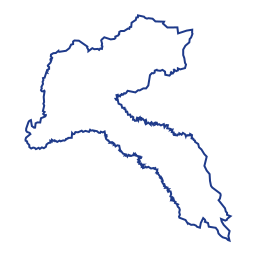 Babahoyo, Los Rios, Ecuador
{"feature_id": "8360857B44096543508351", "entity_name": "Babahoyo", "entity_type": "district", "adm_level": 2, "iso_a3": "ECU", "parent_name": "Ecuador", "parent_adm1": "Los Rios", "projection": "orthographic", "projection_center": [-79.421, -1.876], "detail": "fine", "context": "isolated", "style": "outline", "palette": "blue", "viewbox_px": 256, "rotation_deg": 0, "n_neighbors": 0, "source": "geoboundaries", "source_scale": "gbopen_adm2", "svg_char_len": 5809}
<svg xmlns="http://www.w3.org/2000/svg" viewBox="0 0 256 256"><path d="M123.1,153.7L125.0,154.2L124.7,155.2L125.9,154.7L126.0,155.6L126.7,155.3L127.3,156.3L127.6,155.5L129.4,155.8L129.2,155.1L131.3,155.9L133.2,155.1L133.7,154.0L134.1,154.8L135.0,153.8L135.5,155.3L136.2,154.9L136.6,155.8L140.6,156.7L140.6,157.5L141.2,157.5L140.9,158.1L138.8,158.2L139.2,159.0L138.2,159.6L139.4,160.7L138.6,161.2L139.5,161.7L138.5,162.5L139.5,163.0L139.4,163.8L140.4,163.6L141.0,164.8L141.4,164.0L141.9,164.7L143.2,164.7L142.2,165.3L142.7,165.9L142.2,166.8L143.1,166.6L143.1,168.0L145.5,167.2L145.5,166.7L146.8,167.5L148.3,166.8L151.0,168.5L153.8,168.0L154.3,168.8L155.3,168.2L155.5,169.1L156.7,169.8L157.3,169.6L157.1,171.6L156.4,172.6L157.7,172.8L157.3,173.6L158.1,173.8L160.2,176.8L161.5,176.4L160.9,177.0L161.5,177.8L160.5,178.1L162.3,179.5L162.8,180.9L161.8,181.3L163.0,183.7L164.1,184.0L163.9,184.9L164.7,185.3L164.2,186.2L166.0,187.0L165.4,187.8L167.5,187.7L167.5,188.9L166.8,189.2L168.7,189.2L167.8,190.1L168.7,190.6L167.9,191.2L168.2,191.8L168.9,191.3L170.6,191.5L171.2,194.0L170.4,196.4L171.6,197.2L171.3,198.9L172.4,197.7L172.8,199.3L172.2,200.5L173.2,200.7L173.7,199.5L174.2,201.2L175.5,201.9L175.0,203.0L177.9,204.4L177.2,205.0L177.8,206.7L179.2,208.0L179.8,209.9L179.2,212.2L179.9,214.8L179.0,216.6L179.4,217.7L185.5,220.0L187.8,223.6L188.1,223.2L191.1,224.8L193.9,224.7L196.0,225.6L197.1,226.8L199.9,227.7L200.8,223.0L203.2,218.1L204.9,219.7L205.3,220.7L204.9,221.8L208.0,223.0L208.8,226.7L215.7,227.8L217.7,230.4L218.5,233.5L220.6,235.7L222.7,237.3L226.4,238.4L228.1,240.1L229.5,240.6L228.4,236.0L229.6,231.0L223.7,224.9L221.7,221.5L221.1,218.9L225.2,220.6L226.9,219.8L227.2,218.8L230.5,216.2L227.0,214.8L227.1,212.9L225.8,211.5L225.0,208.3L218.6,200.2L219.9,198.7L220.7,195.1L220.3,193.6L212.2,187.5L211.0,185.8L210.0,180.9L209.6,174.1L206.7,170.6L204.4,165.9L206.7,156.6L204.3,154.1L201.4,149.4L199.0,147.3L198.2,144.0L195.1,141.9L194.9,140.6L193.7,140.0L193.5,139.1L191.7,138.4L192.2,137.5L191.7,137.1L192.0,135.1L190.3,134.1L190.3,135.0L189.7,134.6L188.9,135.5L187.9,135.1L187.0,135.7L186.1,135.2L185.8,136.2L185.2,134.4L182.9,132.9L181.6,134.7L179.3,133.3L179.1,134.5L177.5,134.5L177.2,135.4L174.3,135.0L174.8,134.1L173.5,133.9L173.7,132.5L171.8,132.1L172.5,129.6L170.4,130.1L171.0,129.2L170.5,128.9L167.2,128.3L167.9,125.2L166.3,125.0L164.5,127.3L163.8,124.1L160.9,125.4L159.1,124.2L157.8,124.7L157.1,123.7L155.6,124.4L156.5,122.7L155.4,122.5L153.9,123.3L153.1,124.6L151.5,122.2L150.6,123.0L150.7,124.7L148.3,122.6L145.8,124.2L145.1,122.7L146.3,121.3L145.9,119.9L144.6,120.9L142.8,118.9L141.5,119.7L141.2,117.1L140.6,119.6L139.7,119.1L139.7,117.4L139.0,117.9L138.5,119.9L137.9,118.1L137.1,117.7L136.7,118.8L137.3,120.6L134.9,120.8L134.4,119.8L133.0,119.7L133.3,117.2L132.3,116.5L130.9,117.0L130.2,114.6L128.0,114.8L127.2,111.7L125.9,111.8L125.5,109.4L124.4,109.1L124.5,107.8L122.2,107.8L121.4,104.8L118.6,103.7L117.8,100.3L116.0,99.7L115.6,98.9L117.5,98.9L117.0,97.5L117.9,96.8L116.7,96.1L116.5,95.1L117.7,94.8L117.8,96.0L119.0,95.6L120.1,96.3L120.6,95.0L121.8,94.9L121.8,94.1L123.4,94.5L124.2,93.2L125.4,93.5L126.2,92.9L127.6,90.8L135.4,92.4L138.2,90.2L139.7,90.4L143.3,88.4L146.1,88.4L148.3,85.5L150.0,75.1L151.9,73.1L153.4,73.3L154.6,72.6L154.8,70.6L156.8,69.8L157.2,70.4L160.3,70.8L162.5,69.9L165.0,71.6L165.3,74.8L169.5,75.6L170.8,73.9L171.8,73.6L170.9,72.6L171.2,72.1L172.9,73.3L174.0,71.8L174.2,70.3L173.4,69.2L176.2,71.1L177.9,70.4L177.9,68.4L180.2,69.4L185.0,68.1L186.0,64.6L185.0,62.8L184.3,58.1L183.2,55.1L183.2,49.6L185.4,45.7L189.3,42.4L189.7,39.0L191.1,37.5L192.5,33.8L192.1,32.9L192.2,29.7L186.7,30.6L178.1,33.4L177.4,27.4L167.4,27.5L163.0,23.6L164.0,21.7L155.4,21.4L152.6,18.7L148.5,18.2L147.0,18.6L145.3,18.0L144.0,16.7L138.0,15.4L137.9,17.3L136.3,17.5L135.8,19.9L131.6,22.7L131.2,26.9L129.8,27.1L129.3,28.8L128.1,28.5L124.1,31.0L120.9,31.0L119.3,31.9L119.1,34.9L118.8,34.1L118.4,35.4L115.3,36.6L115.5,37.9L114.5,38.9L110.7,39.4L104.3,37.3L101.7,39.6L101.2,40.4L102.1,43.7L101.7,45.7L102.4,46.3L101.9,48.9L100.3,48.5L99.1,49.9L97.9,48.9L94.3,49.2L92.3,48.2L88.4,51.2L88.4,49.8L87.1,47.6L87.4,46.6L78.9,40.7L74.4,40.5L73.1,41.5L73.1,44.1L71.1,44.6L69.4,48.2L66.0,50.8L59.4,51.8L58.5,51.6L58.4,50.9L55.8,53.0L53.3,53.2L51.0,54.6L50.8,56.4L52.2,57.9L51.8,58.7L51.3,58.4L50.5,59.1L50.4,59.8L51.3,60.4L50.5,62.6L47.8,65.5L48.0,66.3L49.1,67.0L49.1,68.9L47.6,69.7L47.7,70.5L47.0,70.4L46.6,71.9L47.0,72.6L46.3,72.4L44.6,77.7L43.0,78.1L43.4,80.1L42.6,81.8L43.0,83.9L41.4,87.0L41.8,88.3L41.0,90.1L41.7,91.2L43.1,91.4L44.3,90.7L44.6,91.2L43.7,96.9L44.1,102.0L43.4,103.7L44.2,105.6L42.9,111.1L44.6,112.0L43.2,113.9L44.5,115.2L45.8,115.0L45.8,115.6L45.1,116.5L41.0,118.2L40.2,122.5L37.4,122.4L35.6,123.3L35.1,127.6L34.1,127.7L31.9,126.1L30.9,120.1L29.3,120.9L28.4,122.2L26.2,128.6L26.1,130.6L27.0,131.9L29.6,132.9L30.4,134.1L26.1,137.6L25.5,139.4L25.6,140.7L27.1,141.4L27.2,142.8L29.3,145.1L29.3,147.0L31.2,148.5L33.1,147.6L34.7,147.9L35.9,149.1L38.7,147.8L39.8,148.9L41.9,147.4L43.8,148.2L45.9,146.8L46.5,144.5L48.4,143.0L50.3,142.7L50.3,140.8L51.7,141.6L51.9,139.8L53.3,140.8L54.6,140.3L55.0,141.2L56.1,141.1L57.2,141.9L59.6,140.6L60.6,141.3L63.2,140.4L64.5,140.6L65.7,139.9L66.1,138.9L67.6,138.7L68.2,137.9L71.7,137.8L72.1,133.0L73.1,134.2L74.3,134.0L75.4,132.1L78.0,132.3L81.7,130.7L83.0,131.9L85.5,130.9L89.0,131.9L90.1,129.8L91.0,130.6L92.7,130.3L93.9,131.0L93.9,130.6L97.0,131.2L98.7,132.7L100.1,132.9L100.8,131.7L102.8,132.4L104.6,131.5L105.1,134.4L106.4,135.1L105.3,135.9L106.5,136.8L105.7,137.5L106.1,138.9L107.8,140.5L108.4,140.4L109.5,142.2L110.8,142.2L110.2,142.8L112.2,142.7L112.4,143.4L113.4,142.9L114.2,143.8L113.9,144.8L114.7,144.5L115.5,146.4L117.3,145.3L119.2,145.7L120.0,149.5L119.2,150.2L120.3,151.3L120.9,150.9L123.1,153.7Z" fill="none" stroke="#1e3a8a" stroke-width="2"/></svg>